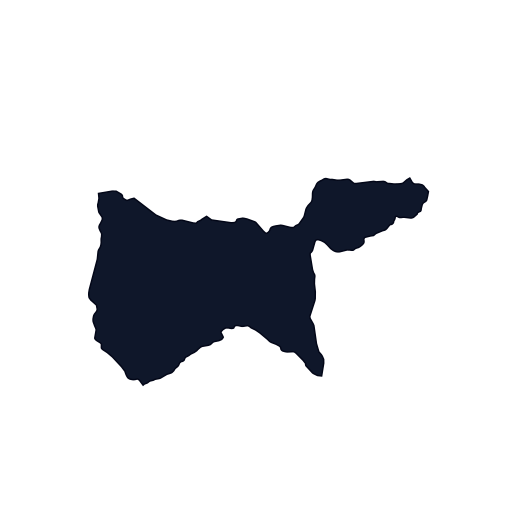 the border of Nakhon Sawan, rotated 148°
{"feature_id": "THA-411", "entity_name": "Nakhon Sawan", "entity_type": "Province", "adm_level": 1, "iso_a3": "THA", "parent_name": "Thailand", "parent_adm1": "", "projection": "orthographic", "projection_center": [99.999, 15.699], "detail": "fine", "context": "isolated", "style": "filled", "palette": "ink", "viewbox_px": 512, "rotation_deg": 148, "n_neighbors": 0, "source": "natural_earth", "source_scale": "10m", "svg_char_len": 5313}
<svg xmlns="http://www.w3.org/2000/svg" viewBox="0 0 512 512"><g transform="rotate(148 256 256)"><path d="M356.4,392.5L343.8,387.3L340.3,385.1L337.6,380.0L337.4,379.3L337.3,378.6L337.4,377.8L337.7,377.2L338.0,376.6L338.1,375.8L337.9,374.9L336.7,372.4L336.0,371.6L335.2,371.2L332.3,370.7L328.8,369.6L319.2,343.8L312.7,333.9L308.5,329.7L307.4,328.9L306.9,328.5L305.5,327.8L304.8,327.5L302.4,327.0L301.7,326.7L299.8,325.6L291.7,317.2L289.3,315.4L287.3,316.0L284.2,315.6L282.4,315.8L276.9,315.8L274.6,310.1L259.4,297.3L257.6,296.3L256.4,295.8L255.5,295.6L254.8,295.8L254.2,296.0L253.2,296.8L252.6,297.0L251.9,297.0L247.2,295.1L245.9,294.0L243.9,292.0L238.9,285.6L238.4,284.6L236.6,273.2L235.8,270.4L235.2,269.8L234.6,269.5L233.0,269.6L231.6,270.0L230.9,270.3L229.3,271.6L228.6,271.9L227.9,272.1L227.1,272.1L225.6,271.8L223.3,271.0L218.7,269.0L217.1,267.6L211.9,262.2L210.2,260.9L208.8,260.2L206.5,260.6L205.7,260.6L204.0,260.3L203.2,260.3L202.4,260.4L195.5,263.3L194.9,263.6L193.8,264.4L188.8,269.2L187.6,270.0L185.0,271.2L181.1,272.2L179.8,272.8L179.3,273.3L178.8,273.7L177.0,275.9L174.7,279.4L173.7,280.5L172.7,281.3L169.4,282.9L166.4,284.9L165.1,285.4L164.3,285.6L161.9,285.6L159.8,285.3L157.6,285.3L156.4,285.0L155.6,284.6L152.7,281.7L150.9,280.6L147.1,277.3L144.6,275.8L138.3,272.9L137.5,272.4L136.9,271.9L136.5,271.3L136.1,270.7L134.5,265.6L132.7,264.4L116.6,256.9L114.6,255.1L109.0,252.1L108.1,251.5L107.2,250.5L106.3,248.5L106.0,247.9L105.4,247.4L104.2,246.6L100.7,243.8L96.4,241.3L94.2,240.3L92.6,239.9L87.6,240.7L84.3,240.6L84.5,235.7L84.0,233.8L83.6,233.3L82.4,232.3L79.8,230.7L77.5,228.4L77.0,227.4L76.6,226.0L76.6,224.9L75.6,219.3L78.7,215.9L81.6,213.0L82.4,212.6L83.2,212.4L85.7,212.4L86.8,212.1L87.9,211.4L90.5,208.9L91.6,207.6L92.1,207.1L92.8,206.8L94.2,207.0L95.2,207.1L96.2,207.0L97.2,206.1L101.5,205.4L102.3,205.4L103.2,205.6L103.9,205.8L104.5,206.1L110.0,210.5L111.3,211.2L112.7,211.8L113.3,212.2L113.9,212.6L114.3,213.1L115.0,214.3L115.4,214.9L115.9,215.4L116.5,215.5L117.3,215.3L118.2,214.2L119.2,213.4L120.6,212.7L121.5,211.7L122.5,211.1L123.9,210.9L124.7,211.1L125.4,211.5L126.5,211.4L130.4,210.0L131.9,209.7L133.0,209.7L135.3,210.4L142.0,211.5L142.9,211.5L144.6,211.2L145.5,211.1L148.2,212.3L153.4,214.0L154.2,214.0L155.0,213.7L155.8,213.0L156.5,211.4L157.2,210.4L158.2,209.7L160.0,209.2L162.3,208.9L164.1,208.9L165.0,209.0L166.5,209.5L167.4,209.6L168.3,209.7L169.4,209.5L170.2,209.4L170.9,209.6L171.6,210.0L173.7,211.7L175.6,212.9L182.7,215.2L183.9,215.8L184.5,216.2L185.6,217.1L186.1,217.6L186.9,218.7L187.6,219.9L188.7,222.7L189.6,227.6L190.4,230.7L191.0,232.0L192.5,234.5L194.3,236.6L194.8,237.0L196.0,237.7L197.0,237.6L198.3,237.0L204.9,231.0L205.5,230.6L206.9,230.0L208.5,229.7L209.5,228.4L215.3,214.5L216.0,211.8L216.2,210.4L216.1,209.6L216.4,208.5L217.0,207.4L218.7,205.3L221.2,201.5L224.7,194.2L228.3,188.6L229.7,187.0L242.4,176.3L242.8,175.4L243.2,174.4L243.5,168.2L243.8,166.3L251.2,149.6L253.5,141.4L252.9,137.7L252.9,135.9L253.4,132.5L255.4,129.2L263.9,119.5L267.2,122.1L269.5,125.8L270.0,126.9L271.8,136.5L271.6,137.2L271.4,137.8L270.9,138.4L271.3,142.5L273.5,152.3L274.2,154.2L275.2,155.2L280.2,158.0L281.1,158.7L282.1,159.6L283.8,161.5L284.2,162.7L284.2,163.8L283.8,164.7L283.5,166.1L283.9,167.3L285.7,170.5L288.7,174.5L289.3,175.5L289.7,176.4L290.4,179.3L293.5,188.8L295.6,193.6L298.2,197.7L298.9,199.8L299.6,200.9L300.2,201.5L304.4,203.3L305.0,203.7L305.7,204.2L307.9,206.4L309.3,207.4L310.3,207.8L311.2,207.8L311.8,207.6L312.4,207.2L313.0,206.8L313.9,206.9L315.3,207.6L317.6,209.7L319.0,210.6L320.1,211.1L322.7,211.1L323.5,211.0L326.2,210.2L326.7,205.1L326.8,204.5L328.1,203.8L328.8,203.6L329.4,203.5L330.0,203.5L332.4,203.9L336.1,205.3L336.7,205.5L337.5,205.7L338.3,205.7L341.5,205.1L342.3,205.2L343.9,205.6L349.5,207.9L350.3,208.0L351.3,208.1L352.2,208.0L355.3,207.5L356.1,207.2L356.9,207.1L359.5,207.0L363.0,207.4L364.0,207.4L365.7,207.2L367.3,207.3L369.0,207.5L369.7,207.3L370.4,207.1L372.1,205.8L372.9,205.6L374.0,205.6L375.6,206.1L376.7,206.0L377.5,205.8L379.4,204.5L379.9,204.2L380.5,204.0L381.2,203.8L383.9,203.5L384.6,203.3L386.6,202.3L388.9,201.8L389.7,201.8L391.6,202.2L394.2,202.9L401.7,203.1L403.0,203.4L406.3,204.7L407.3,205.0L408.3,205.0L409.3,205.2L411.6,206.0L412.4,206.2L413.3,206.2L414.9,206.0L415.7,206.0L418.5,206.6L420.2,206.3L420.7,212.6L421.1,213.5L421.7,214.6L423.9,215.3L425.0,215.8L426.2,216.6L428.1,218.4L428.8,219.6L429.2,220.7L429.2,222.5L429.0,224.3L428.5,226.7L428.2,227.4L428.7,233.4L431.2,246.4L433.3,253.0L435.4,257.5L435.8,258.7L435.9,259.7L435.6,260.4L434.3,262.4L433.7,263.5L434.0,264.8L436.0,268.9L436.4,270.3L436.4,271.4L436.0,272.1L430.9,277.8L430.5,278.5L430.2,279.5L429.8,282.3L428.9,286.4L428.6,287.2L427.9,288.4L427.5,289.0L425.6,291.1L425.1,291.5L424.5,291.9L423.8,292.3L420.3,293.6L418.9,294.9L417.3,298.9L419.4,306.0L419.6,308.8L419.4,309.7L418.3,311.9L417.2,313.5L415.0,316.0L392.3,337.3L387.5,343.5L386.6,344.3L386.0,344.7L383.4,346.0L381.6,347.6L380.2,349.3L378.3,352.5L376.6,354.4L375.2,356.4L375.0,357.2L374.8,358.9L374.8,360.0L374.3,362.7L373.9,363.6L373.4,364.3L372.3,365.2L371.7,365.5L370.2,366.3L367.5,368.0L366.7,368.8L366.2,369.7L365.9,370.4L365.9,371.3L366.1,375.7L366.0,376.6L363.9,382.0L363.2,383.1L362.7,383.8L361.9,384.4L358.6,388.1L356.4,392.5Z" fill="#0f172a" stroke="#020617" stroke-width="1.5"/></g></svg>